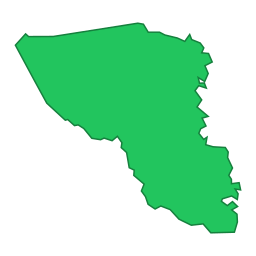 outline of Austin, Texas, United States of America
{"feature_id": "52423323B73481023135249", "entity_name": "Austin", "entity_type": "district", "adm_level": 2, "iso_a3": "USA", "parent_name": "United States of America", "parent_adm1": "Texas", "projection": "albers", "projection_center": [-96.191, 29.849], "detail": "fine", "context": "isolated", "style": "filled", "palette": "green", "viewbox_px": 256, "rotation_deg": 0, "n_neighbors": 0, "source": "geoboundaries", "source_scale": "gbopen_adm2", "svg_char_len": 1171}
<svg xmlns="http://www.w3.org/2000/svg" viewBox="0 0 256 256"><path d="M179.0,219.2L191.3,225.2L203.1,223.9L210.8,232.8L234.4,232.2L237.4,222.0L237.0,214.2L231.7,209.9L237.6,206.5L232.5,201.6L227.3,205.6L221.4,201.3L222.4,198.8L231.6,196.0L237.3,199.5L238.1,193.8L235.1,189.0L240.6,189.9L239.1,182.7L231.5,183.7L231.4,179.3L228.8,175.3L232.5,168.0L227.6,157.6L228.2,152.0L225.3,147.5L213.1,146.8L205.7,144.7L207.0,137.2L203.7,139.4L198.8,133.3L200.7,128.7L206.0,126.0L202.1,118.1L208.2,116.4L197.0,107.0L201.7,99.9L195.0,90.7L198.7,85.7L206.3,88.1L204.3,83.0L199.5,83.2L198.2,77.5L204.7,81.5L208.2,73.5L204.9,65.7L212.2,62.0L208.5,53.5L201.7,52.8L203.8,47.9L200.2,43.0L191.7,39.6L189.7,34.5L184.8,41.4L177.3,38.0L164.9,35.0L159.5,32.2L148.2,32.2L143.4,24.2L137.8,23.2L53.2,36.5L28.6,36.6L25.6,33.9L15.4,45.2L34.3,80.3L46.8,103.2L65.3,120.2L67.7,119.5L74.5,125.6L78.2,124.9L83.8,128.5L91.8,138.3L100.6,139.7L104.1,138.1L112.1,140.7L117.4,136.3L121.9,142.7L121.2,147.6L126.6,152.5L129.2,167.7L134.2,170.1L133.8,175.4L144.1,184.1L141.4,191.0L145.5,196.7L148.1,204.3L155.1,209.0L160.8,206.0L170.2,209.6L179.0,219.2Z" fill="#22c55e" stroke="#15803d" stroke-width="1.5"/></svg>